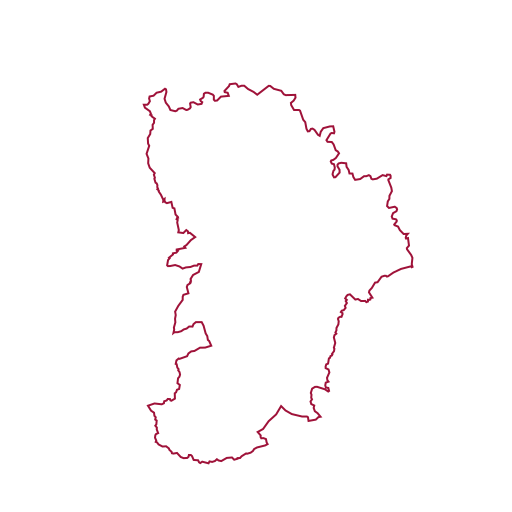 Totatiche, Jalisco, Mexico, rotated 342°
{"feature_id": "50627088B28012319931887", "entity_name": "Totatiche", "entity_type": "district", "adm_level": 2, "iso_a3": "MEX", "parent_name": "Mexico", "parent_adm1": "Jalisco", "projection": "orthographic", "projection_center": [-103.496, 21.965], "detail": "fine", "context": "isolated", "style": "outline", "palette": "rose", "viewbox_px": 512, "rotation_deg": 342, "n_neighbors": 0, "source": "geoboundaries", "source_scale": "gbopen_adm2", "svg_char_len": 6096}
<svg xmlns="http://www.w3.org/2000/svg" viewBox="0 0 512 512"><g transform="rotate(342 256 256)"><path d="M289.8,85.6L284.1,84.5L282.8,86.1L277.0,89.3L276.9,90.5L279.5,92.0L279.6,95.3L271.9,93.6L267.1,96.1L264.9,95.7L264.2,94.3L265.4,90.7L264.8,89.2L260.9,85.9L258.4,85.1L256.6,85.6L255.4,88.4L254.5,89.1L251.2,89.9L251.3,91.6L252.4,93.1L251.2,94.5L247.4,93.9L244.0,90.4L241.2,90.0L240.4,90.7L239.9,94.2L238.8,95.2L236.1,95.8L234.8,95.6L231.9,92.6L227.7,92.0L225.6,93.3L224.0,93.4L219.7,90.7L219.3,86.8L217.6,82.3L217.6,78.2L221.5,72.3L221.9,69.7L221.1,68.8L216.6,70.4L211.9,70.0L208.1,71.9L204.1,71.4L203.0,73.2L202.9,76.0L200.6,78.0L199.2,78.5L196.1,77.5L196.2,80.6L199.8,85.5L200.0,88.1L199.0,89.0L200.2,89.9L199.8,90.5L200.4,91.7L202.3,94.2L201.0,95.3L200.2,97.8L198.2,99.3L197.1,103.2L194.4,104.1L193.1,107.3L189.5,110.4L188.1,115.8L188.5,118.2L183.5,125.0L183.8,130.0L182.1,134.5L182.2,139.2L185.3,145.9L184.0,147.1L184.0,150.4L183.2,151.1L183.1,155.2L184.0,156.3L184.1,158.2L183.4,159.9L183.6,161.6L182.8,162.0L183.8,163.7L183.4,164.6L184.5,168.3L185.2,174.0L184.5,175.7L185.7,175.6L185.9,173.7L186.7,173.4L186.1,174.9L186.3,176.9L187.6,178.2L192.2,178.4L191.6,184.4L193.1,185.5L192.3,191.7L193.8,194.8L193.7,195.6L192.6,195.5L191.8,196.5L192.7,197.5L191.4,199.8L190.6,207.5L189.4,209.5L194.0,211.7L197.7,209.8L198.9,211.6L198.5,213.3L200.3,213.5L204.0,219.2L198.9,220.8L193.3,224.1L190.7,224.8L191.3,226.4L182.6,225.3L182.3,226.1L183.3,227.0L181.3,228.2L177.8,227.8L177.5,228.9L172.8,230.7L173.2,231.4L171.1,232.7L168.6,237.4L169.1,238.4L171.1,239.0L176.3,239.6L180.0,242.3L182.3,245.3L185.8,245.2L190.3,246.2L194.2,246.0L197.2,247.0L198.6,245.8L201.4,246.8L196.7,253.5L190.3,254.6L186.6,257.7L186.7,258.9L185.0,260.9L185.6,261.0L185.1,261.6L181.9,262.4L180.6,264.1L180.2,270.6L175.0,270.5L173.7,272.1L172.7,275.1L166.7,279.4L161.9,283.9L161.4,287.4L159.6,290.7L158.8,294.2L155.8,298.7L155.5,300.6L153.7,303.7L154.8,303.3L158.2,304.3L161.7,304.4L164.6,303.5L167.6,303.6L170.6,302.4L173.8,303.5L175.5,301.5L178.4,300.3L183.9,302.1L184.6,306.1L184.2,314.1L184.9,317.1L184.3,320.9L185.2,322.4L185.7,327.5L179.3,327.4L174.4,325.9L168.1,327.3L164.9,326.7L161.6,327.8L159.5,330.0L151.5,330.2L150.8,329.6L148.1,330.7L146.3,333.8L147.1,334.4L146.7,337.8L147.4,339.7L146.7,340.7L147.4,342.8L147.1,345.4L145.8,347.2L144.1,348.2L142.0,352.7L143.7,355.1L141.8,358.7L139.5,358.8L137.9,360.9L136.3,361.5L134.8,366.6L130.8,367.5L130.0,366.9L130.0,365.5L127.9,364.7L126.3,365.8L123.8,365.8L122.9,367.6L120.5,367.9L113.9,364.9L107.0,365.0L108.4,370.7L110.6,373.5L110.0,376.6L110.8,378.4L109.6,380.4L110.7,381.8L109.2,385.3L107.8,386.3L108.7,388.5L108.0,390.3L108.2,394.2L105.8,394.5L104.9,395.3L103.8,397.6L104.1,400.7L103.2,401.8L104.3,402.7L105.1,405.1L108.2,408.3L111.7,409.2L113.7,412.1L113.7,413.5L115.2,416.2L115.1,417.6L116.4,418.4L120.0,418.9L122.3,423.9L124.7,425.9L128.2,426.8L129.8,426.1L130.7,424.5L132.5,425.1L133.3,426.5L133.7,430.7L137.8,432.4L138.1,434.6L139.0,435.7L141.3,435.0L146.8,438.5L148.3,437.0L150.7,438.3L153.6,438.3L156.0,437.2L157.2,438.9L159.6,440.3L165.8,439.0L170.9,440.2L172.3,443.0L175.8,443.1L176.0,442.5L178.4,443.2L180.4,442.0L185.6,440.7L186.3,441.3L190.1,441.4L192.8,440.5L194.6,439.0L197.8,438.4L206.2,439.0L208.9,438.5L208.5,436.7L208.9,433.2L206.8,431.5L204.7,431.0L204.4,429.5L205.0,428.1L203.2,423.9L209.3,422.7L217.0,417.0L226.2,412.9L233.5,406.5L236.3,412.0L241.2,417.4L250.2,422.9L254.8,424.4L255.6,425.4L255.0,429.1L262.3,430.1L265.6,428.5L267.7,428.8L266.0,424.5L264.0,421.8L263.9,418.3L265.2,416.2L262.8,413.9L262.9,411.2L265.0,409.6L264.7,407.9L265.9,405.1L265.8,403.2L268.4,399.5L271.7,398.7L273.7,399.3L280.4,404.1L282.8,407.2L283.8,406.9L284.0,403.8L281.8,402.7L281.9,400.4L283.2,398.0L286.1,397.9L285.5,396.2L285.9,393.8L289.8,389.4L289.9,386.3L287.6,384.2L288.0,382.7L289.3,380.8L291.3,380.6L293.7,375.9L294.9,375.7L295.9,374.2L297.3,374.1L298.2,373.3L298.0,372.6L300.8,370.6L301.9,368.4L301.7,367.3L304.5,363.2L304.9,357.5L306.2,355.5L308.4,354.7L307.9,353.3L309.5,351.6L310.3,349.3L313.2,346.5L314.5,343.6L314.5,341.2L315.4,340.2L317.4,339.8L318.5,340.3L320.4,338.0L320.6,337.0L319.4,335.5L320.7,334.5L322.7,334.6L325.2,333.0L325.1,330.9L327.9,328.8L327.4,326.6L328.8,325.8L327.7,323.9L329.4,322.3L331.1,321.3L333.5,321.5L337.0,328.1L339.7,328.4L342.0,331.3L346.0,332.5L346.7,334.0L348.4,333.9L349.0,332.2L350.5,332.8L351.3,332.7L351.8,331.4L353.8,331.6L352.2,325.5L353.2,323.9L356.3,322.2L361.0,318.1L363.5,318.5L369.0,314.5L372.1,314.5L373.5,315.0L374.1,316.0L375.2,316.1L381.6,314.2L389.9,313.1L400.3,313.7L400.6,314.8L401.5,314.7L401.6,311.9L404.2,306.1L403.9,303.0L401.7,296.2L401.9,295.1L404.7,293.4L406.1,285.9L404.1,285.8L404.0,285.0L405.2,283.0L407.2,281.8L403.2,280.7L400.8,275.8L400.2,271.9L397.3,269.5L397.2,268.7L400.4,266.7L400.9,265.6L400.4,264.3L397.4,262.7L397.3,260.4L399.6,257.6L403.4,256.8L404.6,255.3L404.6,253.9L403.2,252.0L397.3,251.4L396.1,249.0L398.2,244.8L400.5,242.9L401.5,240.0L405.3,236.3L405.8,232.8L405.3,224.6L405.6,224.0L408.1,223.4L408.8,221.4L408.6,220.2L405.8,219.1L404.7,220.3L401.4,218.2L394.8,219.8L390.7,219.2L389.6,218.2L389.5,215.4L388.3,214.0L385.5,214.2L383.4,213.5L378.9,215.0L373.8,214.2L373.0,211.0L373.2,207.4L370.4,206.4L370.7,202.8L369.7,199.2L370.4,195.7L365.9,193.7L363.2,193.5L361.8,194.3L361.2,195.8L362.1,199.8L361.3,202.5L355.9,205.6L354.5,205.3L354.0,202.3L354.4,201.3L356.0,198.9L357.4,198.1L358.3,196.1L358.5,192.8L356.6,191.5L356.3,189.2L357.1,188.4L359.2,188.5L362.2,187.5L366.7,184.0L366.1,181.9L364.5,180.0L364.3,173.9L363.3,171.0L359.3,169.5L358.8,167.6L364.7,162.6L366.0,162.4L368.1,163.4L369.0,162.1L369.5,156.5L366.3,155.6L359.5,155.2L356.0,157.8L353.7,161.4L352.4,159.9L350.6,154.1L349.1,152.3L347.5,152.1L345.4,153.8L343.8,153.5L343.3,150.6L344.2,143.9L343.0,141.0L342.8,131.4L342.1,130.5L337.3,128.9L336.1,123.4L336.5,121.2L339.8,119.9L342.5,117.6L343.1,114.9L334.0,112.2L332.4,110.8L331.1,106.7L324.6,102.5L322.1,98.7L320.7,98.1L307.0,103.0L304.4,99.2L300.0,94.7L297.4,90.4L294.9,89.6L291.5,89.7L290.8,86.7L289.8,85.6Z" fill="none" stroke="#9f1239" stroke-width="2"/></g></svg>